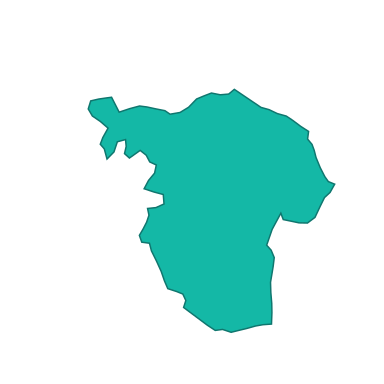 Santiago do Sul, Santa Catarina, Brazil, rotated 208°
{"feature_id": "56859067B60132892344314", "entity_name": "Santiago do Sul", "entity_type": "district", "adm_level": 2, "iso_a3": "BRA", "parent_name": "Brazil", "parent_adm1": "Santa Catarina", "projection": "natural_earth1", "projection_center": [-52.689, -26.628], "detail": "fine", "context": "isolated", "style": "filled", "palette": "teal", "viewbox_px": 384, "rotation_deg": 208, "n_neighbors": 0, "source": "geoboundaries", "source_scale": "gbopen_adm2", "svg_char_len": 1380}
<svg xmlns="http://www.w3.org/2000/svg" viewBox="0 0 384 384"><g transform="rotate(208 192 192)"><path d="M145.2,86.1L116.0,81.6L106.5,80.7L100.5,85.0L91.6,86.5L84.8,92.6L79.6,97.2L73.0,103.5L67.1,108.1L59.8,112.7L64.8,123.0L69.3,131.1L75.3,140.4L80.3,149.2L83.0,157.3L85.4,164.4L88.6,172.7L94.8,177.8L101.1,180.1L103.7,196.7L103.6,215.0L98.5,210.5L91.0,212.7L83.0,215.0L75.5,218.8L71.5,227.3L72.1,239.4L72.4,249.3L69.9,256.4L69.7,265.9L76.5,265.2L81.9,267.9L90.1,273.6L98.7,280.7L103.7,286.2L108.4,290.4L114.8,293.0L117.5,300.2L126.9,301.0L136.5,302.5L144.4,303.3L153.5,301.3L162.6,300.9L170.8,299.1L202.8,302.5L205.6,295.7L212.7,291.1L221.3,288.5L226.6,282.4L231.6,276.3L234.8,265.2L239.9,256.6L247.9,250.4L254.1,251.1L263.0,248.4L271.8,245.9L278.7,243.3L286.2,236.3L293.8,228.3L307.5,237.9L312.8,234.1L318.1,230.2L324.2,224.9L322.6,216.6L315.6,212.3L306.4,211.3L296.1,209.0L296.3,198.2L295.4,191.1L289.7,188.9L282.5,181.2L279.7,190.7L281.5,201.3L275.3,207.1L271.5,201.3L269.6,194.2L263.2,192.6L257.3,204.4L249.7,203.0L243.4,198.7L236.2,199.1L233.9,191.1L235.8,181.9L235.8,172.4L225.7,174.1L216.2,176.3L211.1,168.3L216.5,161.3L223.5,156.6L219.1,151.3L217.9,144.0L217.8,136.4L218.1,129.0L212.8,124.1L205.5,126.8L200.2,121.0L191.0,114.4L181.9,107.4L174.6,100.6L168.0,95.3L158.8,96.9L152.2,97.6L146.5,93.3L145.2,86.1Z" fill="#14b8a6" stroke="#0f766e" stroke-width="1.5"/></g></svg>